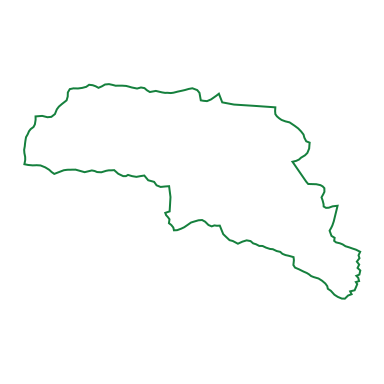 Cerqueira César, São Paulo, Brazil, rotated 89°
{"feature_id": "56859067B82361031328738", "entity_name": "Cerqueira César", "entity_type": "district", "adm_level": 2, "iso_a3": "BRA", "parent_name": "Brazil", "parent_adm1": "São Paulo", "projection": "albers", "projection_center": [-49.128, -23.072], "detail": "fine", "context": "isolated", "style": "outline", "palette": "green", "viewbox_px": 384, "rotation_deg": 89, "n_neighbors": 0, "source": "geoboundaries", "source_scale": "gbopen_adm2", "svg_char_len": 2996}
<svg xmlns="http://www.w3.org/2000/svg" viewBox="0 0 384 384"><g transform="rotate(89 192 192)"><path d="M102.9,160.2L98.8,161.7L94.2,163.4L96.1,165.9L99.8,171.4L101.4,175.4L101.0,179.0L100.5,181.6L93.0,182.8L90.2,185.0L88.3,189.8L88.9,193.5L89.9,197.2L90.6,200.5L91.4,204.6L92.4,208.8L92.7,211.5L92.4,214.7L92.4,217.3L91.9,220.1L91.2,222.9L90.3,226.4L91.3,232.4L89.5,235.3L87.3,237.7L86.6,241.2L87.6,245.1L86.4,250.5L85.6,253.1L84.8,256.0L84.5,259.5L84.4,262.7L84.4,266.5L83.5,269.7L82.7,273.1L83.0,277.1L84.8,280.3L86.2,283.7L84.6,286.5L83.5,289.4L83.0,293.0L85.0,295.9L86.0,300.0L86.5,304.2L86.3,308.7L87.0,312.4L90.3,314.4L94.4,314.6L98.2,315.8L101.9,320.7L104.3,323.6L107.0,325.7L111.7,327.7L114.4,331.3L114.7,335.2L113.3,340.4L113.7,347.1L117.0,347.1L121.6,347.9L124.2,349.3L126.3,352.2L128.4,353.9L131.5,355.3L134.3,357.0L138.1,357.7L140.7,358.1L143.4,358.4L146.9,359.1L150.2,358.9L154.0,358.2L157.1,358.2L161.3,359.1L162.1,355.4L162.6,350.7L162.5,346.8L162.8,343.0L164.8,338.3L167.3,334.4L169.6,332.0L171.5,329.4L168.0,319.8L167.6,316.3L167.6,308.1L170.3,299.0L169.6,295.8L168.7,291.8L169.3,289.0L170.4,286.5L170.7,282.3L169.3,277.4L168.9,274.9L168.9,272.0L168.8,269.4L172.5,265.4L174.9,260.6L175.0,257.8L173.8,255.7L175.1,251.6L175.9,247.3L175.2,243.1L174.7,239.4L179.5,235.6L181.2,229.7L184.7,227.3L186.4,223.3L186.0,218.7L185.8,214.8L196.7,213.6L211.0,214.7L212.4,219.1L214.7,218.3L216.6,216.6L218.9,215.0L222.8,215.6L224.6,213.3L227.2,211.3L230.0,210.7L229.9,207.5L228.5,203.5L227.1,200.4L224.8,196.9L222.5,193.5L221.6,190.4L220.4,186.0L220.2,182.4L221.9,179.4L225.3,176.1L226.7,172.9L225.8,170.2L226.2,167.6L226.1,164.8L231.6,162.7L234.7,161.5L237.3,158.9L240.8,155.3L241.7,152.1L244.5,147.0L242.5,142.4L241.3,138.2L242.1,134.3L244.4,131.8L245.4,128.8L247.1,125.7L247.2,122.4L248.9,119.0L250.3,115.0L250.6,112.2L252.5,108.4L253.4,104.8L255.4,102.7L256.7,99.6L257.4,96.6L258.2,93.9L258.9,91.6L262.0,91.3L266.8,91.9L269.4,90.3L271.2,86.3L273.5,81.9L275.0,78.6L276.4,76.4L278.1,74.4L279.2,71.8L280.7,67.0L283.0,63.5L285.8,60.3L288.5,58.4L291.1,57.9L293.2,54.9L297.2,51.4L299.4,48.1L301.2,44.0L301.3,41.0L298.2,37.7L297.0,34.2L294.1,35.6L293.1,31.1L290.0,29.7L287.0,28.4L284.9,29.7L284.0,26.5L280.7,27.3L278.7,29.1L277.5,26.1L273.4,25.1L270.8,27.8L267.5,26.1L264.5,28.4L261.1,25.7L258.2,26.6L254.7,24.9L252.5,29.1L251.4,32.3L250.2,35.5L248.9,39.5L247.0,42.3L245.8,45.2L244.9,48.8L243.3,50.7L240.3,50.2L238.3,53.3L233.1,55.1L230.0,53.3L227.8,52.2L223.9,50.8L208.3,46.7L208.8,51.7L210.1,55.5L210.2,58.3L208.8,60.6L206.3,60.7L202.5,61.6L199.6,62.6L196.7,60.9L194.1,59.6L190.5,59.6L188.7,61.2L187.4,63.4L186.4,67.6L186.0,75.7L183.7,77.6L163.5,91.0L162.7,87.3L161.4,84.4L159.6,82.4L157.3,78.4L155.0,76.0L150.6,74.1L147.3,73.8L144.7,73.5L143.3,76.9L139.7,78.7L136.5,79.5L133.3,81.9L130.3,84.7L127.6,88.2L124.1,93.2L123.0,97.4L121.5,101.2L119.7,103.7L117.8,105.8L115.6,107.3L112.5,107.5L108.8,107.2L107.0,127.7L105.3,148.5L102.9,160.2Z" fill="none" stroke="#15803d" stroke-width="2"/></g></svg>